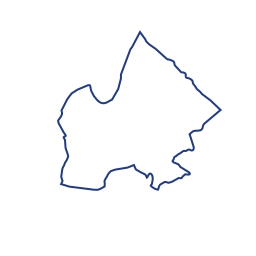 the Province of Kâmpóng Thum, rotated 326°
{"feature_id": "KHM-1788", "entity_name": "Kâmpóng Thum", "entity_type": "Province", "adm_level": 1, "iso_a3": "KHM", "parent_name": "Cambodia", "parent_adm1": "", "projection": "albers", "projection_center": [105.072, 12.831], "detail": "fine", "context": "isolated", "style": "outline", "palette": "blue", "viewbox_px": 256, "rotation_deg": 326, "n_neighbors": 0, "source": "natural_earth", "source_scale": "10m", "svg_char_len": 2993}
<svg xmlns="http://www.w3.org/2000/svg" viewBox="0 0 256 256"><g transform="rotate(326 128 128)"><path d="M64.9,159.8L46.6,143.8L41.2,137.1L44.1,135.3L45.1,131.9L45.7,130.7L50.4,125.5L51.8,124.4L54.6,122.9L56.0,121.8L56.4,121.6L59.4,120.3L61.3,119.0L62.1,118.4L62.6,118.0L63.5,115.5L65.1,109.6L68.9,103.0L69.1,102.3L69.3,100.4L69.5,99.7L70.3,99.5L70.9,99.7L71.9,99.7L72.2,99.3L72.3,98.7L72.2,95.8L73.1,85.8L73.6,84.0L73.9,83.3L74.2,82.8L74.9,82.5L78.8,81.0L79.8,80.5L81.2,79.3L81.8,78.5L82.7,76.3L93.3,70.4L97.2,68.9L100.9,67.8L107.7,68.0L118.4,70.1L119.4,70.5L120.1,71.0L120.2,71.9L119.9,72.7L118.8,75.1L118.2,77.2L117.6,82.4L118.0,86.9L118.4,89.2L119.4,91.5L120.0,92.3L120.5,92.9L121.8,94.0L124.3,94.9L130.8,95.5L141.7,90.2L149.4,83.4L150.2,82.5L151.7,80.2L152.1,79.7L174.0,64.1L176.6,63.2L191.6,55.2L191.9,63.9L191.6,66.6L192.3,70.4L195.2,77.9L198.9,92.8L199.1,93.1L200.7,94.6L201.6,95.9L202.5,97.4L202.9,98.2L203.0,98.9L202.8,99.8L202.0,101.7L201.9,102.3L202.0,103.2L203.2,111.0L203.4,111.7L203.7,111.9L204.3,112.4L204.7,112.7L205.1,113.2L205.7,114.0L206.0,114.6L206.0,115.2L205.9,115.6L205.6,116.3L204.8,117.3L204.6,117.7L204.4,118.4L204.5,118.9L204.7,119.2L206.0,120.5L206.8,121.7L207.5,123.2L207.7,124.1L207.8,124.8L207.7,125.2L207.6,125.6L207.2,126.4L207.0,126.7L206.8,127.9L207.0,131.7L206.8,133.9L208.1,138.6L208.3,141.1L211.8,151.2L214.8,164.8L193.6,167.1L193.0,167.2L191.4,168.2L189.9,169.6L189.4,169.9L188.7,170.2L187.6,170.5L186.9,170.4L186.1,170.1L184.3,169.2L183.0,168.4L182.8,168.2L182.2,167.9L180.9,167.3L179.4,167.1L175.6,167.6L171.9,180.3L171.0,181.8L170.6,182.1L169.7,182.6L169.2,182.6L168.7,182.5L168.3,182.3L168.0,182.1L167.8,181.8L167.6,181.5L167.3,180.9L167.1,180.5L166.8,180.3L166.5,180.0L166.2,179.8L165.8,179.7L165.3,179.6L163.8,179.5L163.4,179.5L163.0,179.3L162.7,179.1L161.8,178.4L161.4,178.2L161.0,178.1L160.6,178.0L157.3,178.1L156.4,178.1L155.9,178.0L155.0,177.9L154.2,177.9L153.3,178.1L152.4,178.2L150.6,178.0L150.2,178.1L149.8,178.3L148.1,179.6L146.7,180.2L146.4,180.4L146.4,181.1L146.6,182.0L149.3,186.0L149.4,186.5L149.6,187.1L149.6,189.5L153.4,198.0L153.7,198.8L153.8,199.6L153.9,200.0L153.8,200.3L153.7,200.5L153.2,200.8L152.3,200.6L149.5,198.4L146.6,198.7L145.6,199.0L145.0,199.3L144.4,199.4L144.0,199.3L143.6,199.1L142.3,198.0L142.0,197.8L134.6,197.2L131.1,196.2L128.8,193.6L128.6,193.5L128.2,193.3L127.6,193.2L123.5,192.9L122.7,193.0L121.2,193.7L118.5,195.9L116.7,194.1L115.4,191.4L115.1,190.7L114.6,188.5L116.6,187.7L119.8,184.4L120.4,183.3L121.0,182.4L121.5,180.9L121.6,180.4L121.6,179.9L121.3,178.7L121.1,178.4L120.8,178.1L120.5,178.0L119.3,178.1L116.5,179.6L116.2,179.7L115.9,179.7L116.3,177.2L116.3,176.4L116.0,175.7L113.4,171.1L112.7,169.4L111.9,168.0L111.4,166.7L111.5,165.7L112.2,162.0L105.6,160.6L94.0,155.3L89.9,154.2L89.3,154.2L86.9,154.7L85.0,155.5L83.4,156.5L81.6,157.2L79.3,158.5L78.7,159.0L78.5,159.3L78.2,160.1L77.7,161.0L75.9,163.4L71.2,163.0L69.4,162.6L68.1,162.2L64.9,159.8Z" fill="none" stroke="#1e3a8a" stroke-width="2"/></g></svg>